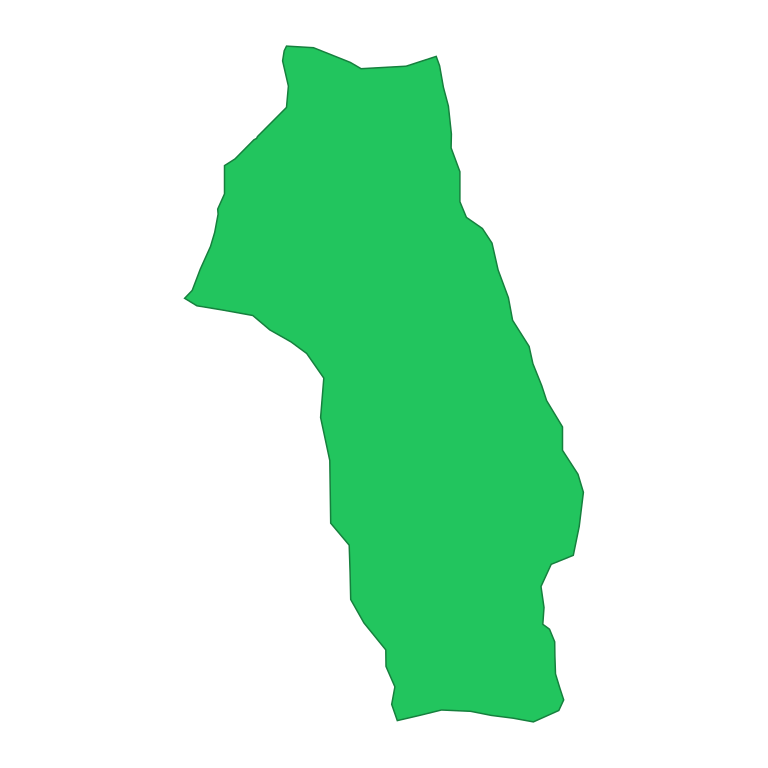 Tremetousia, Cyprus (Albers equal-area conic projection)
{"feature_id": "46923920B22613060517459", "entity_name": "Tremetousia", "entity_type": "district", "adm_level": 2, "iso_a3": "CYP", "parent_name": "Cyprus", "parent_adm1": "", "projection": "albers", "projection_center": [33.606, 35.083], "detail": "fine", "context": "isolated", "style": "filled", "palette": "green", "viewbox_px": 768, "rotation_deg": 0, "n_neighbors": 0, "source": "geoboundaries", "source_scale": "gbopen_adm2", "svg_char_len": 1177}
<svg xmlns="http://www.w3.org/2000/svg" viewBox="0 0 768 768"><path d="M184.6,298.3L196.9,305.8L221.8,309.9L252.8,315.5L269.8,329.9L291.0,341.9L306.7,353.5L323.8,378.1L320.6,417.5L329.8,460.6L330.7,523.2L349.2,545.2L350.1,572.8L350.7,599.5L364.0,623.0L385.8,649.9L386.0,666.4L387.4,669.7L394.9,686.8L391.7,704.4L397.3,720.6L419.6,715.4L441.5,710.0L470.6,711.3L491.2,715.4L513.2,718.2L533.4,721.9L536.5,720.5L546.3,716.1L558.1,710.8L558.8,710.5L563.7,699.9L559.8,688.0L555.5,673.9L554.9,656.2L554.7,641.8L549.5,629.2L542.8,624.3L544.0,607.5L541.0,586.5L551.2,564.3L573.3,555.3L579.2,526.5L583.4,492.3L578.0,474.3L562.5,450.3L562.5,426.9L546.6,400.6L541.7,385.6L532.9,363.7L529.1,346.4L512.6,320.3L508.4,297.7L498.1,270.0L492.0,243.1L482.4,228.5L466.4,217.4L459.9,201.7L459.9,171.7L451.1,147.9L451.4,134.1L448.4,106.1L443.4,87.3L439.6,65.8L436.2,56.4L406.1,66.2L361.1,68.7L350.3,62.4L313.5,47.7L286.5,46.1L284.2,50.8L282.6,60.9L288.4,86.1L286.5,107.4L262.0,132.0L257.5,136.5L256.6,138.4L253.9,139.8L234.9,159.0L224.5,165.6L224.5,193.9L217.7,209.1L218.1,214.2L214.7,232.4L210.5,246.5L200.3,269.1L192.2,290.4L184.6,298.3Z" fill="#22c55e" stroke="#15803d" stroke-width="1.5"/></svg>